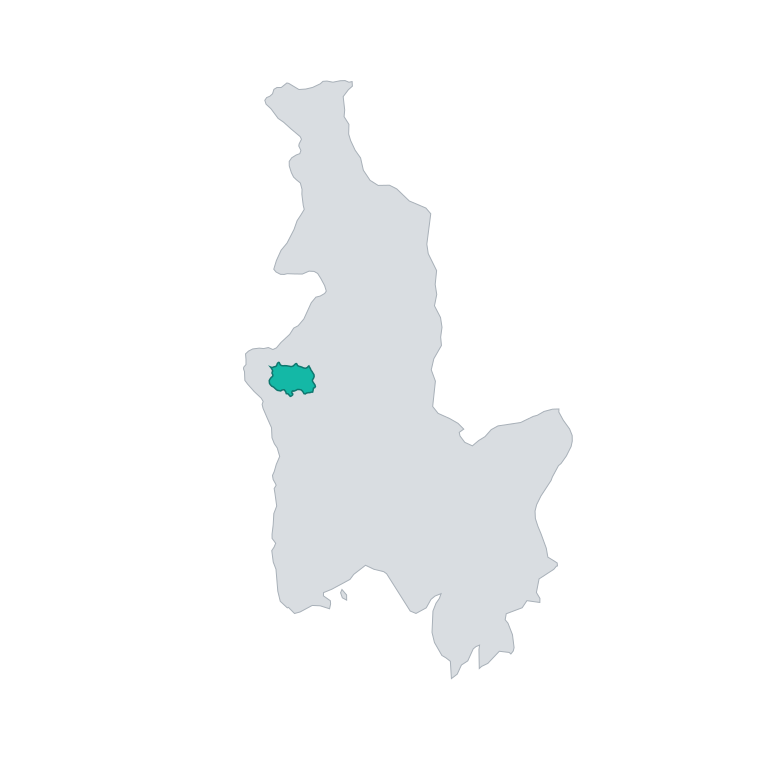 Hwaphyong, Chagang-do, North Korea (highlighted), rotated 301°
{"feature_id": "82179303B2578505364646", "entity_name": "Hwaphyong", "entity_type": "district", "adm_level": 2, "iso_a3": "PRK", "parent_name": "North Korea", "parent_adm1": "Chagang-do", "projection": "robinson", "projection_center": [126.952, 41.219], "detail": "fine", "context": "in_parent", "style": "filled", "palette": "teal", "viewbox_px": 768, "rotation_deg": 301, "n_neighbors": 0, "source": "geoboundaries", "source_scale": "gbopen_adm2", "svg_char_len": 4818}
<svg xmlns="http://www.w3.org/2000/svg" viewBox="0 0 768 768"><g transform="rotate(301 384 384)"><path d="M452.7,546.8L450.0,548.3L445.3,556.3L441.0,566.3L436.8,571.8L432.0,574.8L426.7,576.6L416.3,577.4L407.0,576.7L403.9,575.6L391.0,576.2L387.4,576.9L368.8,576.2L359.1,577.0L352.9,578.9L346.7,583.0L341.3,589.2L336.5,595.7L326.8,607.7L320.0,613.6L319.9,622.0L319.8,624.6L317.4,626.4L316.6,625.6L312.6,625.0L296.8,617.3L283.8,622.0L280.5,628.1L277.0,630.1L271.9,618.1L263.4,617.7L250.0,607.1L244.3,609.3L242.8,613.5L235.3,623.2L225.0,631.3L221.7,632.3L217.9,631.8L218.4,629.6L214.3,620.5L198.0,616.9L192.2,613.1L189.2,612.2L205.2,602.2L209.4,600.4L206.3,598.1L202.9,596.9L189.8,598.4L183.0,595.1L173.0,596.2L166.2,593.5L180.5,583.7L181.2,577.9L181.1,573.5L188.4,560.4L195.8,553.1L214.6,542.9L222.9,541.5L228.8,541.9L233.7,540.9L228.6,537.0L223.6,535.2L213.9,535.5L203.8,529.6L202.9,523.4L222.7,484.0L223.0,480.4L220.0,470.8L219.1,461.5L205.2,456.1L199.0,455.5L181.1,444.9L174.0,439.6L171.2,441.2L170.6,449.6L168.0,451.5L163.3,453.1L161.0,443.5L157.2,436.5L145.4,429.5L141.2,425.5L143.3,417.1L142.3,416.4L144.3,407.0L151.7,399.7L169.6,386.8L174.3,380.8L183.4,373.6L187.5,373.8L191.7,373.2L193.0,370.1L194.0,367.6L197.6,365.4L206.3,361.5L216.2,356.3L224.1,354.9L233.8,347.1L237.8,343.7L241.7,343.7L242.8,342.1L245.1,338.1L248.2,335.5L252.5,335.0L259.5,333.1L268.2,331.9L274.2,325.4L276.3,320.8L280.2,315.7L288.6,310.1L294.4,301.8L300.8,292.9L303.8,290.0L306.8,289.4L308.6,286.1L310.7,276.5L313.6,267.3L315.4,262.9L322.7,258.1L324.6,255.8L326.2,255.1L329.6,255.7L334.2,252.9L338.5,249.8L342.4,250.9L346.4,253.4L350.5,258.6L352.4,262.6L355.7,266.1L356.3,271.0L359.6,273.2L366.6,274.3L378.0,277.6L385.4,277.8L389.7,280.4L398.5,281.8L416.2,279.8L423.4,280.9L426.5,284.0L431.0,286.5L433.9,286.7L437.8,282.4L441.9,275.5L444.6,270.2L444.5,266.1L442.1,261.6L436.2,257.4L432.4,250.9L428.7,244.2L426.5,242.0L424.7,238.8L424.4,233.8L425.6,230.4L434.4,228.2L445.7,226.9L454.8,228.3L470.0,227.3L479.3,225.4L486.3,225.7L492.6,225.7L495.5,222.8L504.3,215.9L508.6,213.5L513.2,208.8L513.9,203.9L514.8,199.9L517.5,195.7L522.1,190.5L526.0,188.1L530.4,188.4L535.1,190.8L538.1,193.2L541.4,192.5L544.1,188.4L546.0,187.6L551.3,187.2L552.9,184.7L554.8,172.7L556.7,163.1L557.1,156.5L561.7,145.4L563.1,138.8L565.8,135.7L569.1,135.9L571.8,137.9L575.3,139.0L579.9,137.9L583.1,139.6L585.2,143.2L592.0,145.7L592.6,147.5L592.6,159.4L596.5,165.0L601.5,170.1L608.4,174.7L612.0,175.8L614.3,179.1L616.4,184.8L621.4,190.3L624.0,194.3L624.6,198.5L626.8,200.9L623.0,203.5L617.9,201.9L609.3,201.0L598.6,209.2L592.6,212.1L588.5,220.2L580.0,225.0L575.4,230.1L569.5,238.9L565.7,247.5L556.6,256.2L551.4,267.2L551.2,276.7L557.2,286.3L557.8,294.5L553.9,311.4L556.4,329.3L554.0,336.4L525.9,348.7L518.5,354.8L508.3,370.7L495.7,376.6L487.9,383.1L477.0,387.0L470.1,398.2L462.5,404.5L453.4,408.4L446.6,413.4L431.3,413.7L420.5,417.2L412.9,426.6L389.8,437.3L386.7,445.5L388.2,458.1L388.4,467.7L386.4,475.6L381.3,473.4L378.6,475.9L375.6,483.3L376.5,491.6L384.4,494.3L390.9,497.7L400.1,499.4L406.8,503.3L421.3,520.9L433.1,528.6L436.1,531.5L442.9,535.3L449.2,541.4L452.7,546.8ZM183.9,460.6L179.5,463.3L179.3,458.4L182.7,454.3L186.2,453.8L183.9,460.6Z" fill="#d9dde1" stroke="#a8b0b8" stroke-width="1"/><path d="M326.0,299.5L327.2,300.6L327.7,301.6L326.6,303.9L325.4,305.2L325.6,305.7L326.1,306.5L325.9,307.5L325.6,308.5L325.1,310.0L325.6,310.5L326.6,311.0L327.8,311.3L328.6,310.8L328.9,309.5L330.4,309.0L331.4,309.5L331.3,310.3L332.6,311.3L333.3,311.8L334.6,312.5L335.6,314.1L336.3,316.1L335.8,317.9L335.3,319.1L334.5,320.4L335.0,321.7L336.3,322.2L337.5,323.5L338.5,325.0L339.7,326.0L340.3,327.0L342.0,326.5L343.2,326.0L344.2,325.7L345.2,326.5L346.5,326.5L347.7,325.2L348.5,323.4L349.0,322.4L349.5,321.4L350.5,320.6L351.5,320.6L352.8,320.6L354.3,320.3L355.8,319.3L356.3,318.5L357.0,317.0L357.5,316.2L358.0,315.0L358.3,314.2L359.0,313.4L359.6,312.4L360.1,311.6L360.3,310.9L360.8,310.3L360.5,310.1L359.9,310.0L358.8,309.8L358.4,309.6L357.3,308.8L356.9,308.3L356.3,306.5L356.2,305.1L355.8,303.2L355.6,302.8L355.4,301.8L355.3,300.8L355.4,300.3L355.6,299.9L356.0,299.4L356.3,298.9L356.4,298.5L356.1,298.0L355.6,297.7L353.4,297.1L352.4,296.7L351.5,295.9L351.2,295.5L350.7,294.5L350.6,294.0L349.5,291.2L348.5,289.3L347.8,288.4L347.3,287.5L347.1,287.0L347.0,286.0L347.1,285.1L348.4,283.2L348.4,282.7L347.9,282.3L346.8,282.0L344.8,282.4L343.7,282.3L343.3,282.1L342.8,281.7L342.0,280.8L341.0,280.1L340.6,279.6L340.3,279.2L340.1,277.9L339.8,278.7L339.3,279.7L338.8,280.7L338.0,281.7L337.5,282.0L336.5,282.0L335.5,282.5L334.8,283.8L333.8,284.5L332.8,284.5L331.8,284.0L330.0,283.8L328.0,283.8L326.8,284.6L325.5,285.6L324.8,287.1L324.3,288.9L324.5,290.9L324.0,293.2L323.7,294.8L323.7,296.0L324.2,297.3L324.9,299.1L326.0,299.5Z" fill="#14b8a6" stroke="#0f766e" stroke-width="1.5"/></g></svg>